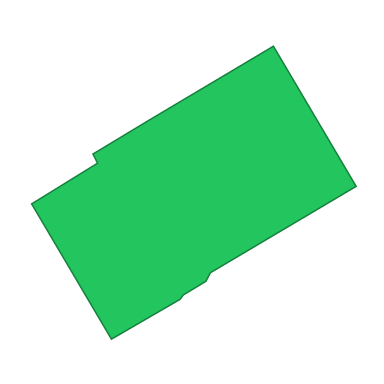 outline of Miller, Georgia, United States of America, rotated 148°
{"feature_id": "52423323B69845491949418", "entity_name": "Miller", "entity_type": "district", "adm_level": 2, "iso_a3": "USA", "parent_name": "United States of America", "parent_adm1": "Georgia", "projection": "albers", "projection_center": [-84.711, 31.163], "detail": "fine", "context": "isolated", "style": "filled", "palette": "green", "viewbox_px": 384, "rotation_deg": 148, "n_neighbors": 0, "source": "geoboundaries", "source_scale": "gbopen_adm2", "svg_char_len": 312}
<svg xmlns="http://www.w3.org/2000/svg" viewBox="0 0 384 384"><g transform="rotate(148 192 192)"><path d="M45.7,272.5L191.3,275.7L255.9,276.7L256.8,266.5L334.3,266.9L338.3,109.9L259.0,107.3L253.8,109.3L227.5,108.9L219.1,113.8L49.8,109.8L45.7,272.5Z" fill="#22c55e" stroke="#15803d" stroke-width="1.5"/></g></svg>